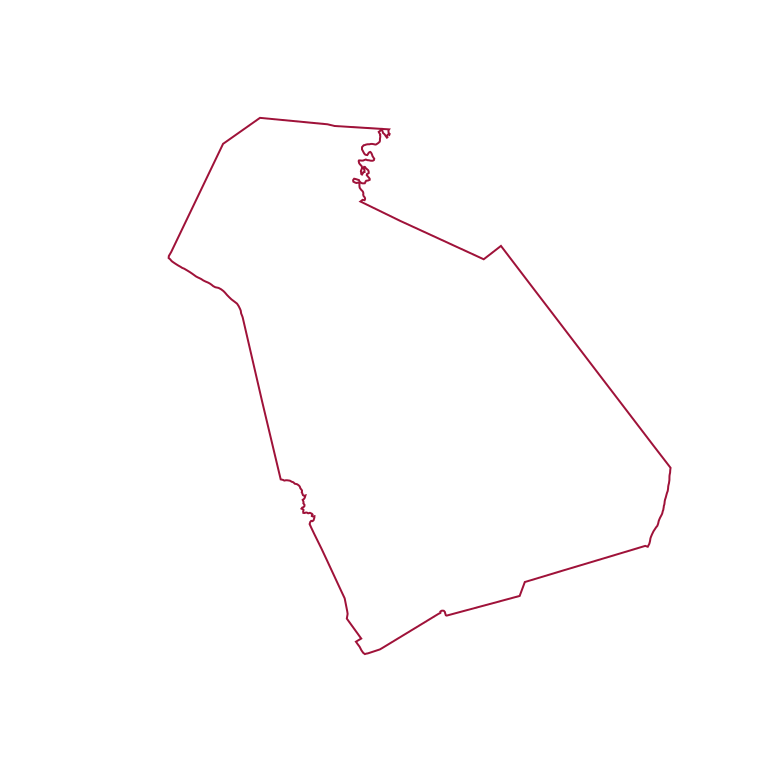 Bavel, Batdâmbâng, Cambodia (Equal Earth projection), rotated 143°
{"feature_id": "14789045B6741933347766", "entity_name": "Bavel", "entity_type": "district", "adm_level": 2, "iso_a3": "KHM", "parent_name": "Cambodia", "parent_adm1": "Batdâmbâng", "projection": "equal_earth", "projection_center": [102.818, 13.225], "detail": "fine", "context": "isolated", "style": "outline", "palette": "rose", "viewbox_px": 768, "rotation_deg": 143, "n_neighbors": 0, "source": "geoboundaries", "source_scale": "gbopen_adm2", "svg_char_len": 4721}
<svg xmlns="http://www.w3.org/2000/svg" viewBox="0 0 768 768"><g transform="rotate(143 384 384)"><path d="M205.6,144.6L205.9,173.0L206.3,234.4L206.5,261.4L207.0,342.9L207.2,368.6L207.5,423.9L229.3,423.6L272.9,504.5L293.0,543.9L292.1,543.9L291.8,543.9L291.4,543.9L290.3,544.0L289.7,543.4L288.9,542.5L287.8,543.1L287.4,543.7L287.1,544.7L287.2,546.3L286.7,547.7L286.1,548.2L285.6,549.0L285.2,549.9L285.1,551.1L285.4,553.1L285.3,555.4L284.4,557.0L283.8,557.8L282.8,559.1L283.1,559.8L283.6,560.4L284.3,560.8L285.0,561.1L285.7,562.0L286.7,564.0L286.2,565.1L285.6,565.6L284.3,565.9L283.6,565.1L282.9,564.2L282.0,562.9L281.3,562.0L281.6,560.8L281.6,560.0L281.3,558.7L280.9,557.8L280.2,557.0L278.6,555.9L277.7,556.2L277.2,556.6L276.5,556.9L275.8,557.0L275.0,556.5L274.0,556.0L272.5,555.7L271.9,556.6L271.9,557.6L272.0,559.1L272.1,561.2L271.2,561.9L270.5,561.7L269.2,561.7L268.8,562.3L268.3,563.1L268.0,564.2L268.3,565.8L268.6,567.0L268.6,567.8L268.6,568.8L269.2,569.4L270.2,569.0L270.5,568.3L270.8,566.9L271.1,566.2L272.0,565.0L272.9,565.6L273.8,565.1L274.5,564.9L275.5,564.5L275.8,565.1L275.4,566.1L274.8,566.8L274.6,567.6L274.0,568.2L272.9,568.8L271.8,569.5L271.0,570.5L270.7,571.8L270.9,573.0L271.0,574.3L270.9,575.5L270.1,577.2L269.6,577.6L268.8,577.2L267.9,576.3L267.3,575.8L266.6,575.3L265.9,574.9L265.3,574.8L264.6,574.6L263.4,574.2L263.0,573.5L262.6,572.8L261.9,572.2L261.0,571.3L260.5,570.6L259.8,570.0L259.1,569.4L258.3,569.0L257.3,568.9L256.2,569.8L256.2,570.9L256.0,573.1L255.7,573.8L255.3,575.2L255.1,576.6L255.3,577.6L256.1,577.9L257.2,577.8L258.2,577.4L259.6,576.9L260.2,577.5L260.9,578.4L261.1,579.8L260.9,581.3L260.7,582.4L260.4,584.6L259.0,586.4L257.9,586.6L256.6,586.9L255.9,586.5L254.2,586.0L252.8,585.3L251.5,584.3L250.0,583.6L249.0,582.9L247.6,581.4L246.9,580.5L246.2,580.1L245.1,580.0L243.6,579.9L241.6,580.1L240.7,580.9L239.8,582.1L238.5,583.4L237.7,584.3L237.4,585.3L236.7,585.7L236.7,587.3L236.5,588.5L235.5,588.5L233.5,588.5L232.8,587.6L233.2,586.4L233.7,585.0L233.3,583.3L233.3,582.1L233.4,581.3L233.4,580.4L233.4,579.0L232.7,579.0L232.4,580.1L231.9,580.6L231.1,580.8L230.1,580.8L229.8,579.8L229.0,580.3L229.2,581.2L229.0,582.1L228.2,583.4L227.6,584.0L226.7,584.3L268.2,619.8L272.8,625.4L282.9,634.6L322.9,671.2L366.8,672.6L367.9,672.7L474.5,617.5L478.8,615.7L480.2,614.2L479.7,612.2L479.7,610.9L479.5,609.5L478.9,607.6L478.1,605.3L477.0,602.4L475.9,599.9L475.3,598.2L474.2,596.4L473.0,593.5L471.7,590.2L470.8,587.6L470.0,585.0L469.4,583.0L468.5,581.1L467.8,579.8L466.8,577.8L466.0,575.5L464.9,573.3L463.6,571.1L462.7,569.2L462.0,567.1L461.5,565.0L460.5,562.8L459.6,561.8L458.3,560.3L457.1,557.7L456.3,554.9L456.0,552.7L455.8,549.5L455.4,546.4L454.9,543.4L453.9,539.9L453.0,536.6L453.2,533.7L453.8,530.5L454.3,528.7L455.6,526.4L456.4,523.4L456.8,522.2L491.8,443.5L523.9,370.0L523.3,369.3L522.3,368.1L522.0,367.3L521.5,366.7L520.3,366.2L519.4,365.5L518.5,364.6L517.4,363.5L516.9,362.4L516.5,361.4L515.9,360.6L515.5,359.9L515.3,358.1L514.4,357.1L513.6,356.0L513.3,355.0L513.0,353.8L513.0,352.8L513.3,351.7L513.6,350.9L513.5,349.4L513.6,348.3L514.3,347.4L514.9,347.0L515.0,345.9L515.3,345.1L515.6,344.0L515.1,342.8L513.8,342.3L514.6,341.7L515.7,340.9L516.9,340.4L518.7,340.4L518.9,339.4L519.2,338.4L519.6,337.8L520.2,337.3L520.2,335.4L521.0,334.4L522.3,334.1L523.7,334.5L524.9,334.1L524.3,332.9L524.0,332.1L524.6,331.3L525.4,330.7L526.0,329.6L525.1,328.8L524.2,328.5L523.5,328.2L522.8,327.4L522.4,326.4L521.8,326.1L520.7,325.7L520.3,324.9L519.7,323.9L519.6,322.9L520.4,322.7L521.1,322.0L520.6,321.1L519.9,320.7L519.1,320.3L520.0,319.2L521.1,318.4L522.2,317.6L523.6,317.5L524.5,318.5L525.9,318.2L527.7,316.9L528.5,313.4L530.0,306.0L533.0,290.2L535.5,278.3L542.5,245.6L544.4,236.5L550.1,224.7L551.4,222.3L554.9,219.0L555.4,194.4L561.5,195.1L561.6,191.7L561.6,188.9L562.3,184.9L562.4,181.8L561.8,179.8L560.1,179.2L559.3,178.7L557.6,178.1L547.0,174.5L545.2,174.3L544.5,174.2L478.4,167.6L477.4,167.3L476.6,167.3L476.0,168.3L474.6,168.3L473.9,167.9L473.2,167.4L472.7,166.8L472.6,165.3L473.2,163.9L473.5,162.9L473.8,162.1L473.3,161.3L403.2,133.1L390.7,141.1L353.0,127.2L300.7,107.8L272.8,97.5L271.3,95.3L268.3,96.7L266.5,98.1L265.4,99.1L264.2,100.3L262.9,101.2L260.5,102.6L257.4,104.2L255.7,104.8L252.9,105.8L251.1,106.2L249.1,107.5L247.0,109.3L245.7,110.1L244.1,111.0L242.4,111.8L240.9,112.5L239.8,113.1L238.7,114.0L237.6,114.9L236.7,115.4L235.5,116.6L234.9,117.1L233.9,118.2L232.6,119.1L231.5,120.2L230.5,121.3L229.3,122.4L228.0,123.3L226.9,124.1L225.4,125.3L224.5,126.0L223.3,126.9L222.1,127.6L221.2,128.4L219.9,129.7L218.8,131.0L217.5,132.2L216.1,133.3L214.7,134.7L213.8,135.6L212.5,137.3L211.3,138.8L210.4,139.7L208.9,141.0L207.0,143.2L205.6,144.6Z" fill="none" stroke="#9f1239" stroke-width="2"/></g></svg>